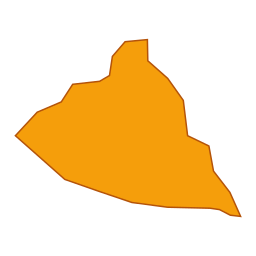 the border of Ribeira Grande de Santiago
{"feature_id": "CPV-5052", "entity_name": "Ribeira Grande de Santiago", "entity_type": "state/province", "adm_level": 1, "iso_a3": "CPV", "parent_name": "Cabo Verde", "parent_adm1": "", "projection": "albers", "projection_center": [-23.611, 14.974], "detail": "fine", "context": "isolated", "style": "filled", "palette": "amber", "viewbox_px": 256, "rotation_deg": 0, "n_neighbors": 0, "source": "natural_earth", "source_scale": "10m", "svg_char_len": 417}
<svg xmlns="http://www.w3.org/2000/svg" viewBox="0 0 256 256"><path d="M240.6,216.4L230.3,215.2L219.5,209.6L210.0,208.2L167.4,207.2L131.9,202.5L99.1,191.4L64.8,179.4L15.4,135.7L37.2,112.2L61.3,101.9L72.7,84.3L99.6,81.3L109.5,75.5L112.4,56.4L125.1,41.7L147.4,39.6L147.8,60.8L167.7,78.4L183.3,100.4L187.6,135.7L208.9,146.0L213.5,171.1L229.9,192.4L240.6,216.4Z" fill="#f59e0b" stroke="#b45309" stroke-width="1.5"/></svg>